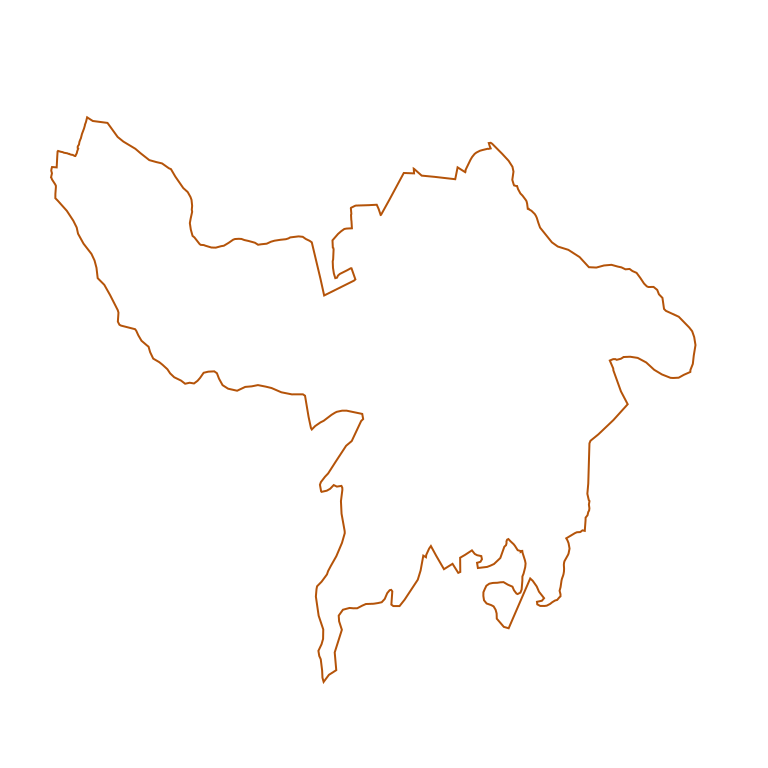 the district of Lipova, Arad, Romania, rotated 85°
{"feature_id": "2599482B25282375738521", "entity_name": "Lipova", "entity_type": "district", "adm_level": 2, "iso_a3": "ROU", "parent_name": "Romania", "parent_adm1": "Arad", "projection": "natural_earth1", "projection_center": [21.695, 46.061], "detail": "fine", "context": "isolated", "style": "outline", "palette": "amber", "viewbox_px": 768, "rotation_deg": 85, "n_neighbors": 0, "source": "geoboundaries", "source_scale": "gbopen_adm2", "svg_char_len": 6132}
<svg xmlns="http://www.w3.org/2000/svg" viewBox="0 0 768 768"><g transform="rotate(85 384 384)"><path d="M170.3,695.2L172.7,693.2L183.8,684.9L194.2,679.3L201.3,676.5L207.6,675.7L218.0,671.1L228.9,664.1L235.7,661.6L243.2,660.3L253.6,660.0L260.8,654.0L271.6,649.1L287.2,642.8L289.8,642.3L298.7,643.7L301.9,642.4L302.9,640.9L307.7,627.2L309.3,626.2L314.1,624.5L319.8,621.8L324.9,616.8L326.3,615.3L331.9,614.2L338.6,611.7L342.7,605.9L345.5,603.0L350.4,598.5L354.8,596.1L359.0,592.4L362.9,585.9L366.4,582.1L365.8,577.5L366.9,573.2L364.6,569.5L361.9,566.7L357.1,562.7L356.4,558.0L356.6,552.0L358.7,549.5L364.3,547.9L371.1,544.9L375.1,539.7L377.9,530.9L374.8,522.5L374.8,515.9L374.1,509.7L376.3,502.1L378.2,496.4L383.3,487.0L386.3,476.7L387.2,465.7L388.8,463.7L410.2,462.0L421.5,460.6L423.0,459.9L419.8,456.1L416.7,450.6L415.4,447.3L410.1,438.9L408.3,435.3L407.6,433.5L406.9,427.9L407.3,423.6L411.9,408.3L417.1,407.8L418.9,410.0L438.0,421.1L442.2,427.1L457.3,439.0L468.3,447.5L471.2,450.8L476.2,455.4L478.8,456.6L485.4,456.0L486.0,455.6L485.3,450.3L483.7,446.8L480.3,442.9L482.1,439.9L481.8,435.3L483.7,434.6L485.8,434.7L496.9,437.1L509.5,437.6L527.1,436.0L529.2,436.1L538.6,439.7L551.4,446.5L560.7,452.9L565.5,456.0L568.7,457.4L575.5,463.4L579.7,468.3L582.4,469.1L589.8,470.4L609.1,469.3L623.2,465.9L632.6,466.9L637.8,468.9L644.1,472.6L649.3,472.2L652.7,471.0L664.1,470.6L671.2,470.9L675.5,470.1L668.9,464.2L664.9,456.5L647.1,456.5L625.2,447.4L616.5,449.4L610.8,449.3L605.3,444.6L604.1,437.9L604.8,433.8L605.1,430.3L602.9,425.0L601.6,421.2L602.0,413.5L601.7,409.1L601.2,405.3L598.2,402.0L592.6,399.0L589.9,396.3L589.7,394.8L591.3,393.8L604.4,395.9L606.0,394.1L606.6,387.9L600.7,382.3L581.9,367.4L573.0,363.8L558.4,359.8L560.2,357.3L557.9,356.8L551.9,353.4L549.5,351.4L559.6,347.0L573.7,340.4L569.1,331.4L578.6,326.5L577.9,324.4L563.7,323.3L561.3,318.2L557.4,310.9L561.2,308.4L562.7,306.1L563.9,302.1L567.1,301.7L569.5,303.4L570.0,305.6L570.2,306.9L575.5,306.5L575.2,297.2L574.3,294.0L572.9,290.1L567.5,283.3L556.6,278.3L555.2,276.5L553.2,275.8L551.4,275.7L549.8,274.9L549.3,273.6L551.7,271.7L554.9,268.8L556.6,267.7L561.2,265.3L562.4,262.3L563.1,262.4L563.0,262.2L562.3,262.0L562.3,260.8L564.1,260.7L572.2,258.9L575.1,258.6L578.8,259.3L585.1,261.5L587.8,262.9L591.9,263.3L600.7,264.8L603.7,266.3L604.9,269.2L604.3,270.3L600.8,272.5L597.1,273.7L594.7,278.1L591.8,282.2L591.7,285.4L591.9,288.6L591.7,291.7L591.7,293.2L592.1,296.5L593.9,299.6L597.1,301.5L600.1,303.1L603.8,303.5L608.2,303.2L611.6,300.9L613.6,296.5L615.1,294.2L618.6,292.5L622.4,291.8L627.6,292.1L636.4,285.8L638.2,281.1L590.5,255.3L593.0,253.0L599.0,249.5L604.4,247.7L611.3,243.2L613.7,245.6L614.3,250.6L616.9,250.5L618.7,247.7L619.1,243.6L619.0,241.2L617.5,237.6L616.1,235.5L614.6,232.5L614.2,230.3L611.9,228.0L610.9,226.7L608.8,226.5L605.3,227.1L601.7,225.8L595.3,224.3L593.5,223.7L590.5,222.3L588.9,221.7L586.6,221.1L583.7,220.7L579.8,220.6L577.8,220.2L576.3,219.7L570.1,215.5L568.9,214.9L564.1,213.5L558.7,214.0L555.7,214.9L553.6,215.9L549.2,206.8L548.5,204.8L548.6,201.6L548.4,201.0L547.4,199.6L547.1,199.0L547.8,196.8L537.4,195.1L534.7,194.8L532.5,192.7L529.4,191.7L527.9,190.7L525.7,190.2L522.0,190.4L518.5,189.5L517.6,190.1L511.1,191.0L501.0,189.2L461.0,184.5L458.5,183.2L452.9,174.9L439.9,158.6L425.4,143.0L412.0,148.6L390.4,154.3L388.5,154.3L380.3,157.0L379.2,153.5L379.4,151.3L380.2,150.1L379.5,145.9L378.5,143.8L378.0,143.1L378.3,136.4L380.1,129.0L385.4,120.9L393.4,113.6L398.7,106.3L402.8,98.1L403.2,95.5L403.4,89.9L401.0,84.5L398.7,77.8L396.7,77.5L390.9,74.6L382.5,72.9L372.4,70.3L364.3,70.9L358.3,72.4L354.3,75.0L342.7,84.5L335.7,96.8L333.6,98.5L322.5,99.1L318.6,102.3L314.1,103.6L310.8,107.0L310.4,112.2L309.6,113.7L306.6,116.2L300.7,119.4L295.3,122.7L293.1,126.7L290.8,129.3L290.8,133.5L288.5,137.3L287.4,140.9L285.1,147.0L285.1,154.5L286.5,162.3L285.5,169.7L274.6,178.1L266.4,188.7L262.2,198.9L257.5,204.4L241.8,214.9L236.9,216.2L231.8,217.3L229.8,218.0L227.8,219.0L224.3,222.0L222.5,224.6L222.1,224.6L222.0,225.5L216.8,225.7L214.3,226.1L212.9,226.8L208.4,229.6L206.1,231.5L201.5,233.5L198.4,234.2L198.4,234.6L197.5,237.1L196.6,237.4L191.8,238.4L183.7,236.5L178.8,237.1L172.5,240.4L165.0,246.2L154.1,255.3L153.0,256.7L153.1,258.6L156.0,258.0L158.6,257.2L158.9,259.5L158.7,260.2L159.5,265.5L160.0,268.1L161.5,271.8L162.7,273.7L165.5,276.4L168.0,278.2L177.7,284.0L179.8,284.4L180.1,284.6L174.6,291.8L186.2,295.2L182.0,315.8L179.7,328.3L172.4,335.2L172.1,335.6L176.8,335.7L175.5,345.9L200.8,362.5L215.2,372.2L215.3,372.6L209.1,374.1L204.8,375.6L204.5,383.9L203.8,396.4L204.0,397.4L205.6,401.5L206.0,401.7L211.8,401.7L212.6,402.1L217.7,402.3L218.8,402.2L226.1,402.4L225.9,407.6L226.1,410.0L228.1,413.4L230.5,416.7L236.4,422.8L243.7,423.1L244.2,422.6L245.6,422.5L255.4,423.8L257.3,424.4L263.8,424.7L269.6,424.3L274.3,423.3L274.0,421.6L271.9,420.3L270.5,418.4L267.4,410.6L265.8,407.0L265.9,406.3L277.3,403.4L278.4,404.9L290.6,435.9L273.8,438.1L236.6,443.6L234.9,445.6L232.7,449.3L230.3,452.1L229.5,456.2L229.8,464.7L230.6,466.4L231.2,469.1L231.3,474.6L231.7,480.6L232.4,484.2L234.0,488.6L234.1,494.3L234.3,497.3L232.0,500.3L229.7,506.5L228.4,510.6L227.1,513.3L226.7,516.0L226.6,519.9L227.1,521.7L229.8,526.4L232.3,531.5L232.5,534.2L233.5,539.7L233.0,544.0L230.7,549.8L229.9,551.4L229.4,554.5L228.5,555.5L221.4,560.1L219.8,561.8L213.3,563.0L206.8,563.4L202.4,562.2L195.7,560.1L193.6,560.3L189.8,559.6L183.8,559.7L180.8,560.5L175.7,562.8L171.3,566.9L159.2,573.8L151.4,577.5L150.4,579.4L144.9,585.9L143.1,591.4L140.5,598.3L132.9,606.4L128.0,611.2L119.8,622.5L114.7,627.8L99.8,636.7L96.6,651.2L92.5,656.5L97.1,658.1L99.8,659.4L100.3,659.4L103.4,660.6L108.6,663.1L112.9,664.6L113.9,665.2L116.2,666.3L118.9,667.0L120.1,668.0L120.8,668.4L122.2,668.6L122.8,668.1L125.3,669.3L127.2,669.9L130.0,671.6L129.9,672.2L128.6,674.2L128.4,675.3L127.9,676.7L127.3,677.5L127.3,678.1L126.6,679.3L125.7,682.7L125.0,683.9L124.5,685.7L123.4,688.4L123.9,688.9L128.4,689.6L139.7,691.2L138.9,695.8L140.5,696.4L142.5,696.9L145.1,696.4L149.2,697.7L149.5,697.4L151.3,696.9L156.6,694.1L157.9,693.6L159.3,693.7L166.0,694.8L170.3,695.2Z" fill="none" stroke="#b45309" stroke-width="2"/></g></svg>